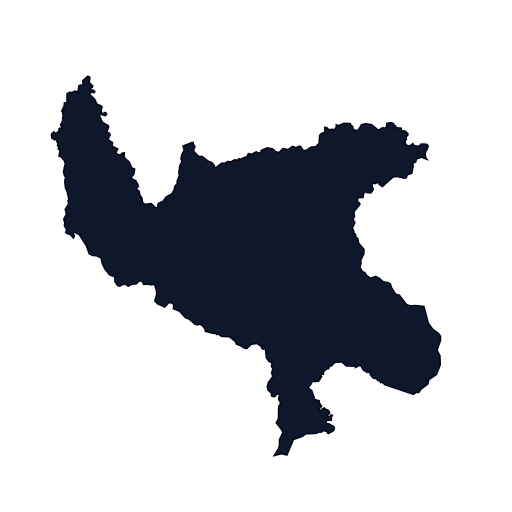 Tocache, San Martín, Peru, rotated 172°
{"feature_id": "86281439B42687599219853", "entity_name": "Tocache", "entity_type": "district", "adm_level": 2, "iso_a3": "PER", "parent_name": "Peru", "parent_adm1": "San Martín", "projection": "mercator", "projection_center": [-76.612, -8.241], "detail": "fine", "context": "isolated", "style": "filled", "palette": "ink", "viewbox_px": 512, "rotation_deg": 172, "n_neighbors": 0, "source": "geoboundaries", "source_scale": "gbopen_adm2", "svg_char_len": 6079}
<svg xmlns="http://www.w3.org/2000/svg" viewBox="0 0 512 512"><g transform="rotate(172 256 256)"><path d="M265.8,55.8L258.2,56.6L253.1,54.6L244.5,69.0L235.0,71.0L231.5,72.9L221.2,72.0L218.1,72.9L215.9,72.4L213.9,73.8L210.1,72.3L209.9,70.8L208.8,70.1L203.3,72.4L202.3,74.4L202.8,76.3L207.3,79.7L209.2,80.2L209.9,82.2L208.9,83.3L204.1,83.0L203.9,85.8L202.5,87.5L203.3,88.1L205.1,86.9L207.4,86.8L207.6,88.2L205.1,89.7L204.9,90.9L206.3,93.6L208.4,94.5L209.4,96.0L211.1,95.7L213.4,93.7L214.7,94.7L214.2,96.4L211.9,98.1L213.8,101.9L213.6,103.9L217.8,105.7L219.6,115.2L221.8,117.0L222.3,118.7L219.4,121.3L218.9,123.5L218.0,123.2L216.4,124.4L215.6,123.5L211.3,123.2L211.2,125.0L210.1,124.7L207.8,127.4L208.3,128.7L207.6,130.1L205.8,129.4L205.1,132.2L201.6,134.3L199.8,134.3L198.7,136.4L196.1,136.9L193.0,139.6L185.6,139.1L182.0,134.6L174.8,133.3L173.3,134.0L173.2,131.7L167.8,133.4L165.4,127.7L163.0,126.4L162.7,125.3L161.2,125.6L158.9,124.0L159.3,122.6L157.1,118.9L153.7,117.6L152.7,115.8L150.8,115.0L150.3,113.3L149.0,113.7L146.1,110.5L119.2,97.0L116.5,98.8L113.9,98.1L111.2,101.1L103.8,105.2L101.9,109.6L93.7,113.6L88.7,122.5L87.7,131.5L89.8,137.5L85.1,146.6L84.4,150.8L86.1,154.0L91.2,158.9L94.7,165.6L96.7,182.7L104.5,184.7L110.1,185.1L113.8,187.1L119.4,197.2L122.3,198.3L123.6,199.9L126.3,206.1L126.8,209.7L129.3,211.5L133.5,212.7L137.4,217.2L140.4,219.2L145.7,218.1L149.3,221.5L150.5,224.4L153.0,226.0L154.7,230.6L153.0,234.0L152.9,237.2L148.8,243.3L148.1,247.6L152.6,254.4L152.7,259.1L154.5,260.7L154.5,263.6L156.1,265.6L155.7,267.0L156.8,271.2L155.3,272.1L153.5,275.4L154.7,278.8L152.8,281.8L153.1,284.3L152.3,286.7L145.8,292.7L146.3,294.3L147.9,295.5L147.6,298.7L145.9,299.5L141.9,299.0L140.8,302.4L138.9,304.7L137.1,303.2L133.6,302.5L132.7,303.1L130.6,305.6L131.5,310.3L129.7,312.1L127.9,311.0L124.3,312.2L124.1,309.9L121.2,307.1L109.2,315.2L105.0,315.0L97.9,312.3L96.3,312.6L94.7,315.4L90.3,316.1L87.7,323.4L87.9,326.0L84.6,327.0L83.8,329.7L78.4,330.8L73.3,328.0L74.3,329.8L74.3,333.2L73.4,336.1L71.8,337.5L70.2,341.0L71.1,342.7L73.2,343.3L77.0,343.9L78.9,342.2L82.3,342.5L84.3,343.7L85.0,345.5L89.0,343.4L92.3,345.5L92.4,349.2L90.9,350.5L90.8,353.2L88.8,354.5L88.5,356.0L91.1,359.1L94.1,359.5L94.6,362.5L99.5,363.5L99.6,365.3L101.1,366.3L101.2,367.8L103.5,369.3L107.9,369.2L108.8,366.0L110.1,364.6L112.9,365.4L117.2,363.5L123.2,370.0L129.5,371.8L133.2,371.4L137.4,366.3L139.7,366.4L142.9,368.6L142.0,370.4L144.0,372.4L144.1,374.0L150.4,375.2L155.9,373.7L158.3,374.7L158.6,372.3L161.8,369.7L162.8,370.9L166.3,370.9L167.7,373.0L169.9,373.9L170.7,368.9L174.4,368.2L176.3,366.4L177.8,358.9L181.8,355.8L186.4,356.2L191.6,353.6L194.5,353.9L196.7,358.4L198.6,358.7L201.2,357.6L204.5,359.5L209.5,356.9L214.3,358.7L218.9,355.2L222.1,356.7L224.7,359.9L230.0,361.6L236.2,359.8L236.8,357.4L240.2,357.9L241.1,359.2L245.9,357.4L249.3,358.4L251.7,355.1L252.9,355.5L257.6,354.0L259.6,354.7L260.0,353.5L264.1,354.2L267.5,352.8L270.8,353.5L274.0,352.2L277.1,352.7L283.7,348.9L284.9,349.5L284.5,351.1L286.5,354.5L290.2,356.7L295.4,362.0L299.0,362.7L302.7,367.8L303.2,369.0L301.2,373.0L302.5,375.2L302.4,377.1L303.5,377.3L313.0,375.1L312.4,371.0L315.6,366.2L316.8,362.7L316.2,359.8L318.9,356.2L320.8,349.1L320.8,346.0L323.7,341.2L323.8,338.9L326.7,336.3L327.7,333.2L330.5,329.4L336.6,327.1L340.5,323.1L345.4,321.7L346.9,317.5L348.7,317.7L352.5,322.6L358.5,322.5L360.9,324.6L360.9,329.5L362.7,332.9L362.6,336.0L364.9,338.8L364.3,340.3L362.7,341.2L362.8,342.5L364.7,347.5L367.8,349.3L368.5,351.6L365.7,353.8L364.0,358.9L366.9,360.8L368.4,366.8L372.3,371.1L372.7,373.4L372.0,376.5L373.8,376.6L376.5,374.8L379.7,376.5L380.3,378.2L377.9,381.2L382.5,384.4L383.2,385.8L382.2,388.1L386.4,392.0L383.6,396.1L383.9,398.0L385.8,399.0L386.1,400.0L383.9,404.6L384.3,405.8L389.6,409.8L391.6,417.3L390.5,418.0L385.9,415.9L384.3,416.9L384.2,418.1L385.5,419.2L387.8,418.3L388.8,418.8L389.1,422.0L387.8,424.5L388.0,425.8L392.5,428.8L394.0,433.8L398.3,439.1L397.3,440.4L395.5,441.0L393.6,440.3L392.7,441.1L393.6,442.6L397.2,443.9L397.1,445.0L394.8,445.7L393.9,447.1L397.0,450.9L395.7,455.7L396.1,456.7L397.7,457.4L403.0,453.9L403.6,449.1L406.4,449.7L407.7,449.1L409.5,443.2L412.9,444.6L415.0,443.5L417.9,444.1L420.6,442.9L421.9,433.8L424.4,434.3L425.3,430.8L428.2,426.6L426.2,425.5L427.7,424.6L427.4,421.5L428.5,419.2L428.1,417.6L431.3,413.0L430.3,410.3L432.9,408.7L432.9,409.6L433.6,409.0L433.7,406.2L435.0,406.6L435.9,405.3L437.1,405.7L437.5,405.1L438.9,407.0L439.8,406.7L439.7,405.4L441.1,405.7L441.8,404.1L441.7,400.8L440.2,400.4L439.3,398.9L438.2,399.6L437.2,398.8L437.2,396.5L435.8,395.0L436.6,394.8L437.2,393.0L436.1,391.5L436.9,389.4L435.8,389.2L435.6,387.4L437.2,382.3L435.9,382.0L432.7,377.5L431.9,374.2L433.6,370.1L433.0,369.0L433.9,368.9L435.0,366.3L434.4,361.9L433.3,360.1L434.4,358.7L435.1,355.7L435.2,349.7L434.2,347.0L433.4,338.1L434.5,337.1L434.4,333.6L438.4,328.8L437.9,323.8L441.3,319.3L440.7,315.3L441.6,312.7L439.7,308.1L441.2,306.1L439.6,304.1L437.3,303.5L434.3,299.2L433.1,301.1L433.6,303.6L432.9,305.2L428.0,301.7L422.7,290.1L420.8,281.3L417.6,279.2L414.0,278.5L409.7,275.7L409.4,270.4L407.6,264.4L403.6,257.7L398.7,255.0L399.3,250.2L397.2,246.0L395.0,245.0L392.9,246.2L389.2,246.3L386.8,243.9L382.7,245.3L378.5,245.1L375.3,247.3L373.5,247.5L372.1,246.3L371.3,243.4L368.2,243.4L363.3,241.9L360.7,242.3L359.6,237.8L359.6,232.0L362.5,225.7L360.1,222.3L353.5,218.1L348.9,221.9L345.2,221.0L344.3,218.1L345.2,215.3L339.4,212.0L334.4,204.6L331.0,202.8L325.8,196.8L323.9,196.0L321.2,196.2L319.2,195.1L316.7,191.0L316.7,188.5L309.2,185.3L306.9,185.2L306.0,183.7L304.2,183.8L301.3,181.2L293.7,179.8L288.4,174.3L287.7,171.4L283.9,169.4L281.0,166.8L278.1,165.6L273.1,169.2L267.4,169.3L263.9,166.3L262.4,162.8L259.7,163.1L259.8,153.5L257.8,149.7L255.0,148.3L256.1,144.2L254.8,142.4L256.8,138.1L256.2,134.3L261.3,129.0L262.9,125.4L262.8,121.6L259.5,117.6L260.2,115.9L259.6,114.7L257.0,114.1L254.5,116.4L251.9,116.0L253.6,111.0L251.9,106.8L254.5,103.8L256.4,91.8L259.2,88.0L254.4,79.7L254.0,77.5L258.4,70.7L259.1,65.4L260.4,62.3L265.8,55.8Z" fill="#0f172a" stroke="#020617" stroke-width="1.5"/></g></svg>